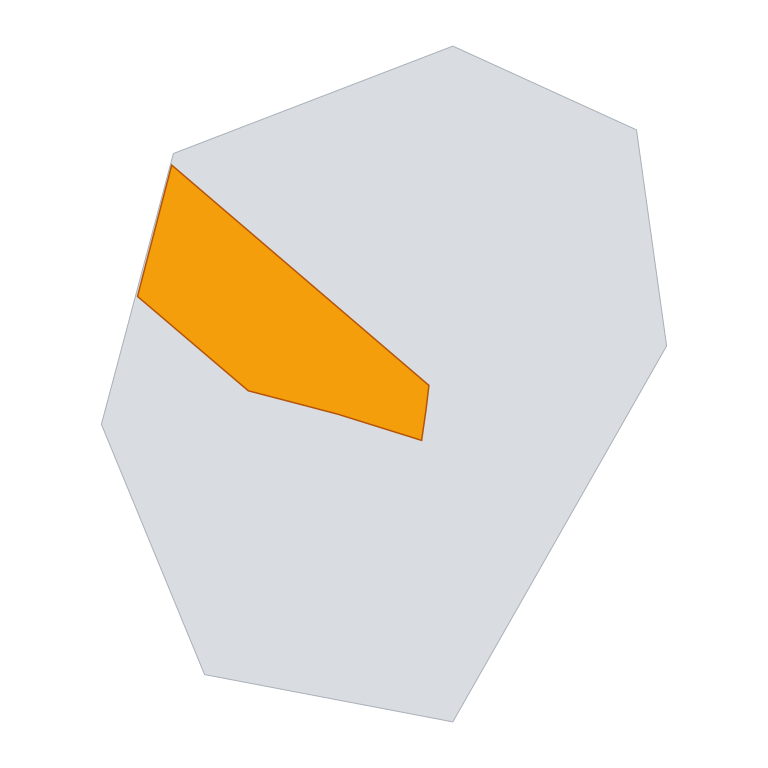 Nibok highlighted on a map of Nauru
{"feature_id": "NRU-4974", "entity_name": "Nibok", "entity_type": "state/province", "adm_level": 1, "iso_a3": "NRU", "parent_name": "Nauru", "parent_adm1": "", "projection": "albers", "projection_center": [166.924, -0.513], "detail": "fine", "context": "in_parent", "style": "filled", "palette": "amber", "viewbox_px": 768, "rotation_deg": 0, "n_neighbors": 0, "source": "natural_earth", "source_scale": "10m", "svg_char_len": 385}
<svg xmlns="http://www.w3.org/2000/svg" viewBox="0 0 768 768"><path d="M666.6,345.9L452.8,721.9L204.6,674.6L101.4,424.3L173.4,153.5L452.8,46.1L636.5,129.9L666.6,345.9Z" fill="#d9dde1" stroke="#a8b0b8" stroke-width="1"/><path d="M137.5,296.4L171.7,165.1L428.9,385.4L426.0,410.1L421.6,440.4L337.1,414.0L248.3,390.8L137.5,296.4Z" fill="#f59e0b" stroke="#b45309" stroke-width="1.5"/></svg>